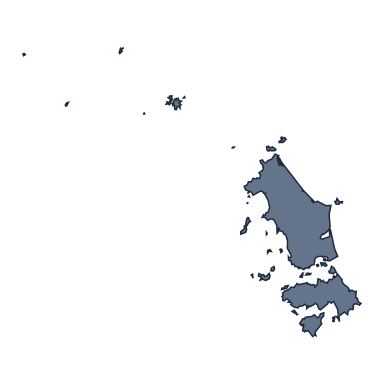 outline of Flinders (Tas.), Tasmania, Australia
{"feature_id": "25037944B15550630319657", "entity_name": "Flinders (Tas.)", "entity_type": "district", "adm_level": 2, "iso_a3": "AUS", "parent_name": "Australia", "parent_adm1": "Tasmania", "projection": "orthographic", "projection_center": [148.029, -39.899], "detail": "fine", "context": "isolated", "style": "filled", "palette": "slate", "viewbox_px": 384, "rotation_deg": 0, "n_neighbors": 0, "source": "geoboundaries", "source_scale": "gbopen_adm2", "svg_char_len": 6115}
<svg xmlns="http://www.w3.org/2000/svg" viewBox="0 0 384 384"><path d="M247.3,184.8L244.2,186.3L245.6,189.8L251.5,192.2L253.1,195.2L260.1,191.3L262.2,191.3L263.6,193.2L265.3,193.3L264.6,193.8L268.3,200.7L269.6,207.6L268.1,212.4L266.2,212.7L265.4,215.1L263.6,214.6L262.0,217.5L264.5,217.0L267.7,220.3L271.2,218.8L273.9,219.8L276.8,225.3L277.1,233.2L278.8,231.1L277.3,229.7L278.7,228.2L279.7,230.6L282.8,231.8L284.0,234.4L285.6,234.5L287.6,241.1L287.3,248.1L291.1,255.1L290.9,257.5L289.1,257.8L288.4,256.7L288.5,259.7L289.2,260.7L290.9,260.5L291.8,264.6L294.0,264.2L294.9,266.4L297.7,266.8L298.6,268.6L299.1,268.6L299.5,267.3L300.1,266.9L299.5,267.4L303.9,269.7L305.1,268.2L308.2,268.0L308.5,267.7L308.6,267.1L308.9,266.8L309.3,267.8L311.2,265.2L314.0,264.7L315.2,258.2L318.0,256.5L321.7,256.2L323.1,257.4L325.7,256.4L327.8,257.9L327.7,260.7L329.6,260.9L337.7,256.3L334.6,248.9L330.4,229.5L329.4,229.5L329.7,236.0L329.0,236.9L321.8,239.2L320.1,237.8L322.5,233.8L323.7,234.3L327.9,231.0L327.2,231.7L327.4,231.6L328.8,229.9L330.1,226.8L329.1,214.4L331.0,205.4L326.0,205.7L317.2,201.2L316.1,202.2L313.1,201.7L312.8,202.6L312.8,201.9L311.9,201.2L311.8,200.6L312.8,201.8L312.7,200.7L314.2,201.5L304.3,191.4L303.2,191.4L301.7,190.7L304.0,191.2L282.2,163.1L278.1,156.3L278.4,158.7L278.9,158.7L279.2,158.8L278.4,159.1L283.0,166.6L279.2,162.4L279.9,165.0L279.1,165.2L277.4,159.4L277.4,156.7L278.6,155.7L275.1,154.1L271.6,159.3L268.0,160.5L265.9,162.8L264.0,162.3L262.4,159.9L260.1,160.6L260.7,163.1L263.3,165.5L262.7,166.9L263.6,168.1L262.4,170.5L259.0,172.7L260.6,175.6L259.5,178.6L257.2,177.7L256.3,178.9L253.0,178.3L251.3,181.9L248.4,181.7L247.3,184.8ZM286.6,298.8L289.9,301.1L288.3,302.2L291.3,302.7L291.8,303.7L290.8,304.7L294.1,307.1L298.2,307.9L298.9,306.4L302.5,305.9L304.8,304.2L307.0,306.4L306.7,308.6L308.5,307.2L307.1,306.0L310.6,306.5L315.6,303.4L317.3,304.8L318.8,308.9L320.5,309.8L328.0,303.6L327.9,302.1L329.9,301.9L331.1,303.2L333.7,301.6L337.8,309.6L337.9,313.3L340.1,315.4L344.4,312.0L347.6,314.7L348.1,311.3L350.1,309.0L352.8,309.7L353.6,307.2L352.7,306.2L353.9,304.4L356.0,303.7L359.5,305.1L361.0,303.4L358.3,301.8L357.3,298.1L355.7,297.3L356.2,291.3L355.1,291.9L351.9,290.2L349.1,291.5L348.9,290.5L349.7,290.2L347.8,287.3L343.4,283.9L341.9,281.2L342.2,279.9L336.9,273.3L337.1,275.2L334.9,277.6L333.5,277.6L332.2,279.7L329.3,279.3L326.9,283.7L326.9,282.6L323.7,281.9L323.2,280.5L320.9,281.6L320.4,279.7L318.0,278.9L317.4,284.0L315.0,286.9L315.0,285.6L313.7,284.5L310.9,285.1L309.6,283.9L307.5,284.1L307.3,282.7L298.7,284.7L297.2,283.4L294.1,287.3L290.7,287.3L288.9,289.5L284.7,291.0L282.5,293.3L283.2,294.8L281.9,296.5L282.9,297.2L282.7,300.4L284.1,300.9L286.6,298.8ZM302.8,318.7L299.7,323.4L300.2,324.5L303.8,324.6L303.5,326.3L302.7,326.2L303.5,326.8L302.5,330.4L304.6,331.9L305.4,330.5L306.8,331.3L308.1,330.5L312.7,336.5L314.8,335.0L315.9,335.6L315.0,332.3L321.8,323.7L320.7,322.2L321.2,318.7L323.6,316.2L323.8,312.8L320.6,313.8L318.5,317.4L317.4,317.6L314.3,314.7L312.0,316.4L305.3,317.3L304.6,319.0L302.8,318.7ZM174.4,105.3L174.8,109.3L176.0,109.8L176.8,108.9L176.7,106.8L178.3,106.4L180.1,108.2L179.7,105.7L181.1,104.8L179.1,102.9L181.5,101.2L178.7,100.5L178.3,98.3L176.7,98.5L176.1,100.1L175.1,98.9L173.2,102.2L173.8,103.2L172.4,103.7L172.8,105.5L173.5,104.6L174.4,105.3ZM259.0,273.5L258.5,276.1L261.7,277.1L260.1,280.1L262.9,279.2L265.6,280.5L269.3,278.7L270.0,275.5L269.1,273.4L267.0,275.9L264.7,276.3L263.5,274.6L261.7,275.0L259.0,273.5ZM248.9,218.1L248.0,217.5L246.8,218.6L245.6,224.9L244.1,226.5L244.7,228.5L240.7,231.7L240.8,234.2L245.6,232.4L246.6,229.9L246.1,226.9L248.8,222.5L250.5,221.5L248.8,219.3L248.9,218.1ZM331.5,266.3L330.0,271.2L328.9,271.2L329.3,272.8L333.2,273.7L335.1,272.1L335.6,272.1L336.0,272.5L336.3,272.6L334.2,268.2L331.5,266.3ZM266.6,146.7L267.1,150.4L268.9,151.1L270.3,149.8L271.4,150.9L275.3,150.5L275.9,149.4L272.7,147.0L269.3,147.7L268.5,146.2L266.6,146.7ZM167.4,102.8L165.4,104.6L168.5,103.6L169.3,104.8L170.9,103.1L170.8,101.0L171.7,100.8L171.1,99.7L172.5,99.3L171.5,97.7L172.0,95.9L169.6,96.1L169.4,97.7L167.4,97.4L169.3,98.3L170.7,100.9L168.8,102.4L167.0,101.9L167.4,102.8ZM279.1,141.4L279.1,142.5L283.1,142.4L286.2,139.3L284.5,137.5L282.5,138.3L281.7,136.9L280.8,138.2L282.1,140.1L279.1,141.4ZM334.8,201.5L336.1,204.2L339.2,204.1L340.0,202.4L337.0,198.5L336.3,201.1L334.8,201.5ZM322.5,264.4L325.3,266.3L326.9,265.3L325.3,263.0L320.7,262.8L321.6,265.7L322.5,264.4ZM270.9,270.7L273.3,271.0L274.6,269.0L274.0,266.5L271.4,268.0L270.9,270.7ZM288.3,285.6L285.3,285.9L283.4,288.2L281.8,288.2L281.5,289.6L286.9,288.1L288.3,285.6ZM339.0,316.6L337.6,315.8L336.5,317.2L337.9,318.0L339.5,321.6L339.0,316.6ZM120.5,48.2L119.2,52.8L119.8,53.6L122.3,51.2L121.3,50.4L121.9,49.1L120.5,48.2ZM294.6,313.2L295.8,312.8L296.5,314.7L297.5,314.5L294.3,310.2L292.1,311.4L294.6,313.2ZM305.7,275.0L310.2,274.6L310.9,273.5L306.9,273.2L305.7,275.0ZM334.8,316.5L332.6,317.8L333.4,319.2L332.7,321.3L334.1,321.5L334.8,316.5ZM301.7,274.4L300.0,276.5L300.2,277.3L302.2,277.3L302.9,274.6L301.7,274.4ZM270.1,249.6L267.6,250.5L267.6,253.1L269.0,251.2L271.3,251.5L270.1,249.6ZM65.3,105.0L65.9,106.1L66.8,105.7L68.4,102.3L66.5,103.0L65.3,105.0ZM280.3,253.1L282.3,251.4L281.9,249.6L280.6,249.0L279.8,249.6L281.0,251.5L280.3,253.1ZM252.6,274.2L250.6,275.2L251.8,275.2L253.0,278.3L252.6,274.2ZM24.1,53.4L23.0,53.9L23.5,55.7L25.3,54.7L24.1,53.4ZM323.6,260.2L325.2,260.8L326.2,260.3L325.4,258.9L323.8,259.0L323.6,260.2ZM316.6,264.8L317.2,266.5L318.7,265.8L318.2,264.4L316.6,264.8ZM267.3,233.8L266.4,232.3L266.4,234.7L267.3,233.8ZM342.5,201.6L341.1,201.6L340.7,202.4L342.2,203.0L342.5,201.6ZM232.3,147.9L233.6,147.9L234.3,147.1L232.7,147.2L232.3,147.9ZM247.5,193.7L248.7,192.7L248.2,192.5L247.5,193.7ZM184.5,96.7L183.5,98.0L185.0,97.7L184.5,96.7ZM249.6,197.0L249.1,195.8L248.3,196.8L249.6,197.0ZM122.7,48.1L122.8,49.1L123.4,47.5L122.7,48.1ZM248.4,202.4L247.2,203.0L246.8,203.8L248.4,202.4ZM143.8,114.0L144.7,113.9L144.2,112.9L144.0,113.0L143.8,114.0ZM333.7,275.8L333.4,276.6L334.5,276.5L333.7,275.8ZM302.8,272.9L302.0,273.7L303.1,273.0L302.8,272.9Z" fill="#64748b" stroke="#1e293b" stroke-width="1.5"/></svg>